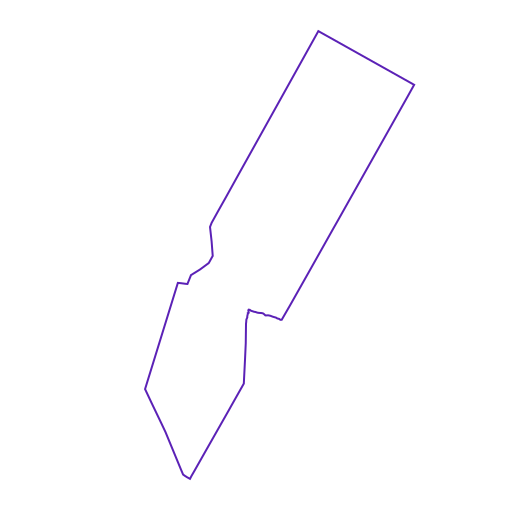 Dongola, Northern, Sudan, rotated 119°
{"feature_id": "16777658B3318260280309", "entity_name": "Dongola", "entity_type": "district", "adm_level": 2, "iso_a3": "SDN", "parent_name": "Sudan", "parent_adm1": "Northern", "projection": "robinson", "projection_center": [30.297, 19.219], "detail": "fine", "context": "isolated", "style": "outline", "palette": "violet", "viewbox_px": 512, "rotation_deg": 119, "n_neighbors": 0, "source": "geoboundaries", "source_scale": "gbopen_adm2", "svg_char_len": 1259}
<svg xmlns="http://www.w3.org/2000/svg" viewBox="0 0 512 512"><g transform="rotate(119 256 256)"><path d="M482.9,205.7L479.7,205.8L474.5,205.7L451.6,205.5L403.3,205.0L399.1,205.0L373.5,204.8L351.5,215.6L337.4,222.6L319.9,232.0L318.6,232.5L316.3,233.6L314.5,233.8L313.8,233.9L313.4,234.2L312.4,234.6L311.6,234.8L311.0,235.0L310.4,235.1L309.9,235.5L309.6,235.3L309.3,234.9L308.9,235.0L308.0,235.8L307.2,236.4L306.5,236.4L306.1,235.4L306.3,233.8L305.9,231.8L305.7,230.6L305.2,229.3L305.0,228.0L304.9,227.4L304.4,226.0L303.3,223.7L302.8,222.2L302.9,221.0L303.4,219.0L301.9,216.4L301.3,214.4L301.0,212.1L300.6,210.3L300.2,208.7L300.3,207.1L299.8,205.3L299.9,204.5L300.0,203.8L299.3,202.6L282.5,202.3L244.4,202.0L193.3,201.7L185.0,201.6L42.0,200.7L36.2,200.7L30.5,200.7L30.2,200.7L29.6,200.7L29.6,201.3L29.1,310.5L29.5,310.5L30.2,310.5L33.3,310.5L92.7,310.6L147.6,310.7L191.2,310.8L219.6,310.8L234.5,310.9L248.4,310.9L252.9,310.3L264.9,301.8L276.9,293.9L285.0,293.9L295.1,298.5L304.2,303.6L313.7,302.4L314.3,303.7L314.9,305.2L315.1,305.8L315.3,306.2L316.1,308.3L317.4,311.3L426.2,288.5L435.5,275.6L448.2,257.7L453.8,249.9L478.9,218.4L482.5,213.8L482.8,211.1L482.8,210.3L482.9,209.7L482.9,205.8L482.9,205.7Z" fill="none" stroke="#5b21b6" stroke-width="2"/></g></svg>